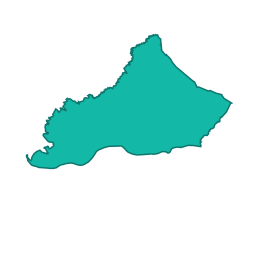 the district of Paso de los Libres, Corrientes, Argentina, rotated 40°
{"feature_id": "61730980B64755596751827", "entity_name": "Paso de los Libres", "entity_type": "district", "adm_level": 2, "iso_a3": "ARG", "parent_name": "Argentina", "parent_adm1": "Corrientes", "projection": "mercator", "projection_center": [-57.461, -29.678], "detail": "fine", "context": "isolated", "style": "filled", "palette": "teal", "viewbox_px": 256, "rotation_deg": 40, "n_neighbors": 0, "source": "geoboundaries", "source_scale": "gbopen_adm2", "svg_char_len": 5551}
<svg xmlns="http://www.w3.org/2000/svg" viewBox="0 0 256 256"><g transform="rotate(40 128 128)"><path d="M66.9,186.4L67.7,188.1L68.5,188.5L75.2,189.6L76.8,189.3L79.0,187.6L80.4,187.3L80.9,188.4L82.0,188.6L82.5,189.6L82.5,190.1L82.0,191.4L81.8,193.5L80.6,194.5L79.5,194.0L79.3,193.6L78.3,193.5L78.0,193.9L78.0,194.6L76.4,196.6L76.8,197.3L77.7,196.6L81.4,198.2L81.9,199.0L82.8,198.6L83.1,198.9L82.2,200.2L81.3,200.2L80.8,200.6L79.8,200.8L77.4,202.0L76.0,201.6L74.9,201.6L74.4,202.2L74.0,203.3L73.0,204.9L73.2,206.1L72.5,207.5L73.2,212.2L74.5,214.3L74.4,215.4L73.4,215.6L70.0,215.0L69.2,214.7L68.7,213.6L68.3,213.3L67.9,213.6L67.8,214.0L68.1,214.5L68.6,215.1L71.5,216.6L72.2,217.4L76.6,218.2L78.5,218.3L82.8,216.3L85.1,215.5L92.3,210.3L94.2,209.1L96.9,206.8L98.7,204.4L99.5,201.3L100.7,198.8L101.6,197.9L103.1,195.4L106.6,191.6L108.6,190.3L112.4,188.9L115.2,187.4L116.8,185.8L117.8,184.1L119.5,179.5L119.8,175.1L119.7,171.9L119.0,166.8L119.2,164.8L120.0,162.8L122.6,157.9L125.2,154.3L134.5,146.0L136.9,145.8L142.6,146.5L143.9,146.4L148.1,145.1L151.7,143.2L155.1,140.2L162.8,132.6L164.5,131.6L167.1,128.6L169.5,123.9L172.4,121.8L174.6,121.6L175.0,121.2L175.5,120.5L175.6,119.5L175.0,116.9L174.9,115.2L177.1,111.9L178.3,110.7L181.2,108.8L184.6,103.5L186.1,101.8L187.3,101.1L188.4,100.0L195.7,95.5L195.2,94.5L194.0,94.0L193.2,93.3L193.3,92.8L193.0,92.5L193.0,91.9L192.5,92.3L192.2,91.4L191.0,90.7L190.9,90.4L191.4,90.0L190.9,88.9L191.3,86.9L191.0,85.3L192.0,83.8L193.4,82.8L193.5,82.5L193.3,80.4L192.5,79.7L192.1,78.6L192.6,77.6L191.7,76.7L192.2,75.9L192.1,74.8L192.9,74.4L193.5,72.8L193.4,72.0L192.2,69.6L192.8,66.9L192.6,66.2L192.9,65.9L192.9,65.1L193.7,65.0L194.1,64.2L194.0,63.8L192.6,62.3L192.1,60.2L192.4,59.6L192.8,59.6L193.1,52.4L190.7,43.2L191.3,42.3L182.7,43.6L178.8,42.7L178.3,42.2L173.0,44.8L166.8,46.5L165.7,48.2L164.9,48.3L156.0,51.1L154.7,52.3L149.4,50.0L148.4,50.1L148.4,50.3L125.7,50.3L120.0,49.3L116.3,47.8L110.0,47.2L110.0,48.1L103.6,46.9L103.7,46.7L99.8,42.8L99.3,43.3L98.8,41.8L96.5,39.7L95.9,38.9L93.3,39.0L90.8,37.7L90.2,38.6L89.4,38.7L89.7,39.2L89.4,39.6L87.9,40.0L87.9,40.5L87.5,40.5L87.5,41.0L87.2,41.3L87.7,41.6L87.4,41.9L87.3,42.4L86.9,42.5L86.9,42.8L86.4,42.7L86.1,43.0L86.4,43.4L85.5,43.6L85.0,44.3L85.2,44.6L85.8,44.2L85.9,44.9L86.1,45.0L86.0,46.0L86.3,46.0L86.1,46.7L85.6,46.6L85.2,47.2L85.9,47.5L85.8,48.0L85.3,48.0L85.5,48.4L85.4,48.6L84.9,48.2L84.8,48.3L85.3,49.3L86.0,49.1L86.0,49.5L86.4,49.6L86.0,49.8L86.1,50.0L86.5,50.1L86.2,51.1L86.3,51.3L85.6,52.0L86.0,52.2L86.1,52.9L85.1,53.1L84.6,54.6L84.1,54.4L84.1,55.6L83.8,55.9L83.6,55.9L82.7,56.9L82.8,57.3L83.4,57.6L82.7,57.8L82.8,58.4L81.9,58.6L82.2,58.1L81.5,58.7L81.5,59.1L82.2,59.1L81.8,60.2L82.2,60.9L82.1,61.6L80.7,62.5L80.6,62.9L80.8,63.6L80.7,63.7L80.1,63.5L79.6,64.1L80.1,65.0L79.7,65.3L80.0,65.7L80.0,66.1L81.0,66.0L80.6,65.6L80.9,65.2L82.0,65.4L82.1,66.1L81.9,66.5L82.4,67.1L81.7,67.3L81.1,67.1L81.1,67.4L81.6,68.4L81.8,68.0L81.6,67.6L81.9,67.6L82.0,68.7L82.5,68.8L82.8,68.3L83.3,68.3L83.6,68.7L83.2,69.2L84.3,69.0L84.1,69.9L85.3,69.7L86.3,70.7L86.4,71.4L86.9,71.5L86.8,71.8L86.3,71.8L86.6,72.6L87.1,72.6L87.7,73.1L87.9,74.6L87.3,76.0L87.1,76.1L86.9,75.6L86.8,75.9L87.1,76.5L86.7,76.7L86.2,77.5L86.9,78.0L87.1,78.0L87.2,77.6L88.5,77.8L88.9,78.5L88.5,79.2L88.2,79.2L88.2,78.8L87.7,78.9L87.0,80.1L86.9,80.8L86.6,81.1L87.1,81.8L86.8,82.7L86.8,83.6L86.5,84.6L86.6,84.9L89.0,85.8L89.4,86.3L90.5,86.1L91.8,86.7L91.6,87.1L90.0,87.4L89.0,88.6L88.9,88.9L89.4,89.7L88.8,89.7L89.7,91.5L89.7,92.7L89.1,93.4L89.2,94.1L89.6,94.7L90.2,95.1L90.2,95.5L89.0,96.6L90.2,99.1L91.3,98.8L91.2,99.3L90.3,99.6L89.9,100.3L90.6,100.9L90.7,101.7L90.5,101.8L90.9,102.1L91.3,103.4L91.3,104.0L91.1,104.2L90.1,104.7L90.2,106.1L91.0,107.7L90.1,108.0L89.3,107.9L88.1,108.6L88.0,109.0L88.3,109.6L87.8,110.0L86.8,110.0L87.0,111.9L86.5,112.7L86.0,112.5L85.7,112.8L86.0,113.4L85.6,114.2L86.0,114.3L86.7,115.8L86.6,116.1L86.1,115.9L86.1,116.4L85.6,116.8L86.0,117.6L84.6,117.8L85.1,119.6L85.4,120.0L84.7,121.1L85.1,121.5L84.6,121.7L84.6,121.9L85.1,121.9L85.3,122.3L84.7,123.2L84.8,123.9L84.4,123.9L83.9,124.3L83.7,125.2L83.8,125.5L83.5,126.0L83.5,126.4L83.0,126.4L83.2,127.0L82.8,127.0L82.7,126.8L82.1,127.1L81.8,126.4L81.8,127.1L81.5,127.3L81.1,127.0L80.8,126.3L80.2,126.2L79.8,126.5L79.8,126.0L79.6,125.9L78.4,126.8L78.0,126.6L76.8,127.2L76.7,127.6L77.0,128.0L76.4,129.0L77.0,129.1L77.2,128.6L78.5,129.8L78.0,131.1L75.9,132.2L75.6,132.7L75.4,133.6L76.5,135.9L74.9,138.2L74.6,139.8L73.9,139.4L73.4,139.5L74.6,140.2L75.1,141.0L74.6,141.2L74.0,140.7L73.2,140.9L73.3,141.4L72.6,141.6L72.5,142.0L70.3,141.6L69.4,141.9L68.9,142.8L68.5,142.8L65.2,142.8L64.6,143.2L64.0,144.0L62.5,144.2L62.4,144.5L62.3,146.0L63.5,146.1L64.0,146.6L63.4,148.2L62.5,149.2L62.4,149.7L62.4,149.9L63.7,149.7L64.6,150.0L64.7,150.6L64.3,151.4L64.5,151.9L64.3,152.4L64.4,153.2L65.1,153.6L67.0,153.7L69.2,154.3L69.3,154.6L68.0,155.0L67.3,154.9L66.2,155.9L65.2,155.0L63.5,156.1L63.4,156.3L64.7,156.6L65.0,156.9L65.0,158.7L65.3,160.1L64.9,160.3L63.2,159.8L60.9,159.7L60.3,160.0L60.8,160.9L60.9,162.4L61.4,163.9L61.5,165.6L61.7,165.9L62.6,166.1L62.9,167.5L62.9,167.9L62.3,168.3L61.9,169.7L60.7,170.7L60.8,171.1L61.2,171.4L62.1,170.8L62.8,170.9L63.0,171.2L62.2,173.9L62.1,174.1L60.9,174.1L60.8,174.6L61.4,175.1L63.5,175.4L64.2,175.1L64.6,176.1L64.6,176.8L63.9,176.8L63.5,176.1L63.2,176.0L63.0,176.5L63.3,177.8L62.7,178.6L64.2,180.9L65.4,181.8L66.4,183.0L67.2,183.7L69.7,183.0L70.3,183.1L70.4,183.4L70.1,184.3L69.1,184.3L68.8,184.5L68.6,185.4L67.8,185.8L67.5,186.9L66.9,186.4Z" fill="#14b8a6" stroke="#0f766e" stroke-width="1.5"/></g></svg>